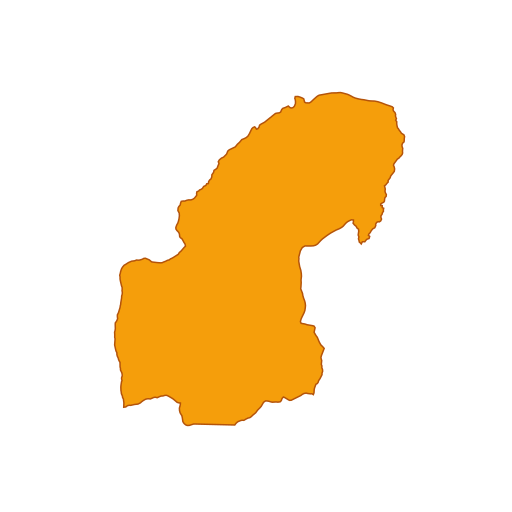 Kabuchai, Western, Kenya (Natural Earth projection), rotated 27°
{"feature_id": "3690345B50484339603555", "entity_name": "Kabuchai", "entity_type": "district", "adm_level": 2, "iso_a3": "KEN", "parent_name": "Kenya", "parent_adm1": "Western", "projection": "natural_earth1", "projection_center": [34.605, 0.696], "detail": "fine", "context": "isolated", "style": "filled", "palette": "amber", "viewbox_px": 512, "rotation_deg": 27, "n_neighbors": 0, "source": "geoboundaries", "source_scale": "gbopen_adm2", "svg_char_len": 6100}
<svg xmlns="http://www.w3.org/2000/svg" viewBox="0 0 512 512"><g transform="rotate(27 256 256)"><path d="M320.4,72.4L318.8,71.6L318.8,69.9L317.7,69.0L316.7,67.9L316.1,66.4L314.7,65.1L312.9,64.5L311.7,63.5L311.2,61.7L309.6,61.2L307.1,61.5L303.4,62.1L298.4,62.6L294.6,63.2L291.4,64.1L287.0,66.1L285.2,66.7L281.2,67.8L278.8,68.7L276.0,69.5L272.8,70.2L271.5,70.3L270.2,70.4L268.6,70.3L265.6,70.3L264.1,70.4L259.3,71.4L257.1,72.0L255.5,72.9L253.7,74.1L249.5,76.3L247.6,77.7L239.3,84.0L238.5,85.1L237.8,86.4L236.3,90.2L235.5,92.5L234.8,94.3L233.9,95.5L230.9,96.9L229.4,96.8L227.2,94.3L225.5,94.2L223.3,94.4L221.0,94.8L218.6,96.1L219.0,97.9L220.0,98.9L221.1,100.5L222.0,102.4L222.2,105.3L221.5,107.1L220.1,108.2L218.7,108.3L216.7,107.7L214.6,110.5L212.9,112.2L212.4,113.8L212.6,116.6L211.7,117.9L209.9,119.1L208.6,120.2L202.9,132.9L200.6,136.2L199.8,137.8L200.2,139.8L199.8,141.8L198.8,142.8L197.6,142.0L196.2,141.5L195.1,142.8L194.5,144.4L194.5,147.1L194.6,150.0L194.4,152.8L193.5,155.0L192.1,156.9L190.5,158.7L189.7,162.2L188.7,164.8L188.0,168.2L183.9,173.6L183.2,175.4L183.4,177.0L183.5,178.7L182.2,182.7L180.8,184.4L179.7,187.0L179.6,189.2L180.9,190.2L181.1,191.6L181.2,193.3L181.5,195.2L180.8,196.9L179.7,198.8L180.2,200.4L180.1,201.9L179.8,203.6L180.7,205.6L180.9,207.7L180.2,209.3L180.0,211.1L180.7,213.1L179.3,214.0L179.3,215.9L177.8,217.8L177.6,220.1L176.8,221.6L175.7,222.8L175.4,224.2L174.2,225.5L174.6,227.1L175.6,228.8L174.9,232.4L173.9,234.2L172.5,235.6L170.3,236.7L168.9,237.9L167.7,239.3L166.1,240.1L164.6,241.2L164.8,243.2L165.3,244.9L164.8,246.9L164.8,248.6L165.8,251.0L168.1,252.6L169.5,255.0L170.5,257.8L171.1,260.3L171.4,262.2L171.3,264.3L171.6,266.9L172.4,268.3L174.0,269.2L175.3,269.6L176.6,270.2L177.7,271.1L179.3,273.5L180.6,274.1L182.0,274.2L183.5,275.1L185.5,276.5L187.4,277.6L188.7,279.3L188.1,281.0L186.9,285.9L186.1,287.7L186.0,289.7L182.4,295.8L181.1,297.4L180.4,298.9L179.0,300.1L177.8,301.8L176.4,303.3L175.4,304.6L174.1,305.4L171.3,306.6L167.0,308.2L165.6,308.6L162.6,307.9L158.5,308.2L157.2,309.0L156.1,310.6L154.1,312.5L153.0,313.2L151.4,313.8L150.0,315.4L147.5,317.1L145.3,319.8L143.7,322.6L142.7,324.1L142.2,326.2L142.0,328.1L142.2,329.9L142.5,331.6L142.9,332.9L143.3,335.0L144.4,336.4L145.3,338.2L146.5,339.8L149.7,343.6L151.0,344.8L151.9,346.5L152.4,347.8L153.3,348.9L154.1,350.6L154.5,352.7L155.3,354.4L156.8,359.2L157.4,360.6L157.7,362.1L158.2,363.4L159.2,369.0L159.2,371.4L160.2,373.3L161.1,374.5L161.3,376.0L161.3,377.6L161.0,379.5L161.8,381.2L163.7,384.7L164.3,386.5L164.6,388.1L165.6,389.8L166.4,391.3L167.0,392.6L168.0,393.7L168.6,395.1L170.4,399.4L173.1,402.7L174.4,404.2L175.9,405.3L176.9,407.1L178.2,408.5L179.4,409.3L180.5,410.6L181.7,411.6L183.1,412.5L185.3,416.6L186.2,417.6L187.0,419.1L189.5,421.0L190.6,422.4L191.3,423.7L191.4,425.1L192.0,426.5L193.1,427.7L193.3,429.2L194.4,432.5L195.1,434.2L196.7,437.1L197.6,438.3L198.6,439.8L200.5,441.4L201.5,442.8L202.6,443.4L205.0,446.9L206.8,450.8L208.5,449.6L209.5,447.6L210.9,446.5L212.1,446.0L215.2,443.4L218.1,441.5L219.7,439.3L220.2,437.9L221.1,436.1L222.5,433.9L223.7,432.8L225.0,432.0L226.8,431.3L229.0,428.6L230.2,427.6L232.3,427.1L233.7,425.3L235.0,423.9L236.7,422.9L238.1,421.5L239.7,420.7L241.6,420.6L245.1,420.8L247.1,421.0L252.2,422.2L253.9,421.9L255.4,421.3L256.0,422.7L256.4,424.2L256.8,426.3L258.0,428.4L259.5,430.1L261.0,431.1L262.4,431.9L263.8,433.6L265.9,436.6L267.0,437.4L268.3,438.0L270.2,438.4L271.7,438.2L273.5,437.2L276.6,434.1L278.1,433.3L313.8,416.2L314.1,414.4L314.6,412.9L315.2,411.7L317.2,409.4L318.3,408.6L319.8,407.9L321.2,405.7L322.4,404.1L323.9,402.8L324.8,401.1L325.3,399.5L326.9,395.8L327.4,392.6L328.5,389.2L328.9,387.5L329.1,383.5L329.5,382.1L330.4,380.7L332.1,380.0L333.4,379.6L335.1,379.3L336.8,378.9L340.2,376.9L341.8,376.3L343.7,375.0L344.2,373.4L343.9,371.1L344.4,369.2L345.6,369.1L348.9,369.3L350.1,369.4L351.4,369.4L352.9,368.5L359.3,359.9L360.0,358.4L361.2,356.7L362.9,355.4L364.6,355.0L367.3,354.0L368.5,353.3L370.0,353.5L369.8,351.6L368.5,348.6L368.1,347.1L367.6,343.1L368.5,341.8L368.7,340.4L368.4,338.7L368.7,336.2L368.7,333.9L368.7,331.8L368.0,330.4L367.7,328.4L366.7,326.8L365.4,325.7L364.6,324.0L363.4,322.9L362.0,319.3L360.9,318.2L359.9,316.9L359.5,315.0L358.7,307.4L356.3,306.4L354.5,305.9L352.8,304.9L351.0,303.6L347.5,300.6L345.8,299.8L342.4,297.6L341.2,293.1L339.5,292.1L338.0,292.4L332.9,294.0L330.4,294.4L326.8,295.5L325.4,294.4L324.9,292.4L324.7,290.4L324.6,284.9L324.3,282.4L323.5,280.0L322.6,277.7L321.2,275.6L319.8,274.0L317.6,272.0L315.7,270.0L314.4,268.2L310.7,264.9L310.1,263.2L308.4,259.3L307.0,256.9L305.7,253.4L304.3,251.0L302.4,248.4L299.7,245.6L296.4,241.2L295.4,238.8L294.6,237.6L293.2,231.3L293.4,227.5L294.4,225.8L295.2,224.7L296.5,224.1L300.6,222.0L302.6,220.8L304.2,219.3L305.4,217.3L306.6,213.0L307.5,210.5L310.0,205.4L312.0,201.8L313.6,199.4L315.6,196.5L317.9,193.8L319.4,191.5L320.2,189.7L320.7,187.6L321.2,185.8L322.0,183.9L323.4,181.9L324.6,180.4L326.5,179.7L327.2,181.1L327.6,182.7L329.6,183.6L331.8,184.1L333.2,185.2L335.0,185.5L336.2,187.1L337.5,190.9L339.0,192.3L339.5,194.2L340.8,195.5L341.7,196.7L343.1,197.0L344.3,197.5L344.3,195.0L346.5,193.9L346.8,192.0L347.3,190.6L348.8,189.1L348.4,186.9L346.7,186.5L346.6,184.9L347.1,183.5L347.2,181.1L347.7,178.8L349.0,176.9L348.9,174.5L348.1,173.2L348.3,171.2L349.1,170.1L350.4,169.6L351.2,168.1L351.1,166.1L349.7,164.8L349.1,163.3L349.4,161.7L349.0,159.9L349.3,158.4L348.5,157.0L348.1,155.5L346.5,155.6L345.6,153.8L344.2,154.4L343.5,153.1L344.4,151.4L345.4,150.1L345.5,148.7L344.8,147.0L344.4,145.4L344.9,143.8L344.2,142.0L342.9,141.2L341.5,139.7L340.8,137.7L338.6,135.1L339.3,133.8L339.7,131.7L340.2,130.1L339.4,128.8L340.0,125.5L339.7,123.4L340.1,121.5L340.5,119.7L340.8,117.8L340.0,115.5L338.7,113.9L337.4,112.9L337.0,111.3L337.4,109.1L338.0,105.3L338.8,104.2L339.2,102.5L339.8,100.8L340.1,99.2L339.9,97.7L339.1,96.4L338.5,95.1L337.9,93.5L336.6,92.3L335.6,90.8L335.4,88.9L336.1,87.1L335.5,85.5L334.8,84.1L334.2,82.2L332.8,80.9L329.8,80.6L328.3,79.7L326.5,78.9L325.3,78.1L323.9,77.5L322.5,75.9L321.4,74.4L320.4,72.4Z" fill="#f59e0b" stroke="#b45309" stroke-width="1.5"/></g></svg>